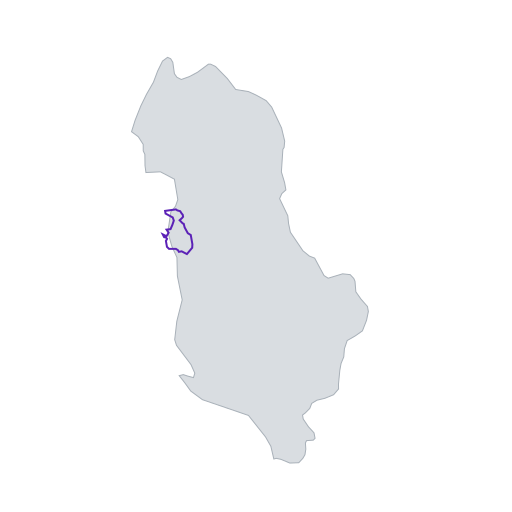 Durrës, Durrës, Albania shown in context, rotated 350°
{"feature_id": "67620474B45959085094100", "entity_name": "Durrës", "entity_type": "district", "adm_level": 2, "iso_a3": "ALB", "parent_name": "Albania", "parent_adm1": "Durrës", "projection": "robinson", "projection_center": [19.515, 41.413], "detail": "fine", "context": "in_parent", "style": "outline", "palette": "violet", "viewbox_px": 512, "rotation_deg": 350, "n_neighbors": 0, "source": "geoboundaries", "source_scale": "gbopen_adm2", "svg_char_len": 2008}
<svg xmlns="http://www.w3.org/2000/svg" viewBox="0 0 512 512"><g transform="rotate(350 256 256)"><path d="M162.1,154.7L162.4,147.7L164.2,136.6L163.2,132.9L164.3,126.5L160.8,118.1L155.0,112.0L160.6,101.2L168.7,88.1L176.2,77.8L185.2,67.0L191.3,56.7L197.8,47.8L203.4,45.0L206.2,46.9L207.7,50.8L207.3,62.3L209.2,66.3L213.1,69.2L221.3,67.8L230.3,64.9L242.5,58.8L244.6,59.2L249.1,62.4L258.6,76.3L264.9,88.5L277.2,92.8L284.1,97.6L293.0,104.8L297.3,112.1L303.4,134.4L304.2,147.9L302.5,154.0L301.0,155.6L295.6,177.6L296.9,188.8L296.9,196.1L292.3,199.0L289.2,203.6L294.3,221.9L293.7,229.7L294.0,238.6L303.1,259.0L308.5,265.3L313.4,268.3L319.6,287.1L323.2,290.4L338.2,288.6L345.5,290.7L348.4,295.1L349.1,298.1L348.1,308.6L351.9,316.7L357.0,325.1L357.0,330.2L353.7,338.5L347.8,348.2L339.9,351.9L331.1,355.1L327.0,362.6L324.9,370.6L321.1,376.6L318.7,383.1L315.0,396.4L314.2,401.3L308.3,406.1L299.1,408.1L290.9,408.6L285.3,410.8L282.5,415.4L277.3,419.1L274.2,420.7L274.2,424.8L278.0,433.3L282.4,440.2L282.5,445.8L280.4,447.3L273.7,446.6L272.2,448.7L271.5,454.9L269.7,460.2L267.0,463.4L262.2,467.0L253.4,465.8L245.1,460.5L240.8,458.8L238.3,459.0L237.6,446.0L234.0,435.9L220.9,411.7L178.3,388.2L168.3,377.7L164.0,368.8L159.6,360.5L163.8,360.2L167.9,362.4L173.3,364.9L175.4,360.7L173.1,351.6L162.2,330.2L161.4,324.3L166.7,306.5L175.7,286.4L175.1,262.1L177.9,243.7L174.8,231.8L173.3,217.2L179.8,197.8L185.4,193.0L188.8,186.9L189.0,166.2L176.5,156.5L162.1,154.7Z" fill="#d9dde1" stroke="#a8b0b8" stroke-width="1"/><path d="M185.2,196.2L174.3,195.8L174.3,198.5L180.7,203.6L181.2,206.9L179.0,210.9L176.5,214.7L172.5,214.5L174.0,217.9L171.3,221.0L167.9,218.5L168.8,221.5L170.5,222.1L171.4,223.7L169.9,225.5L169.9,231.5L171.6,233.9L178.4,235.1L180.2,236.8L180.8,238.5L183.6,238.5L188.3,242.1L194.6,236.8L195.4,233.4L195.4,224.0L192.8,221.7L190.7,215.5L190.4,211.7L189.5,211.2L187.0,207.5L189.7,205.8L191.0,204.7L191.0,202.6L190.2,201.3L189.1,198.7L186.4,197.4L185.2,196.2Z" fill="none" stroke="#5b21b6" stroke-width="2"/></g></svg>